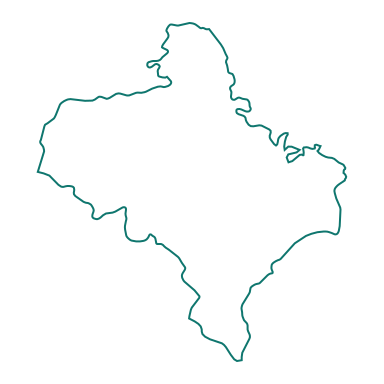 Ivano-Frankivs'k, Natural Earth projection
{"feature_id": "UKR-289", "entity_name": "Ivano-Frankivs'k", "entity_type": "Region", "adm_level": 1, "iso_a3": "UKR", "parent_name": "Ukraine", "parent_adm1": "", "projection": "natural_earth1", "projection_center": [24.645, 48.617], "detail": "fine", "context": "isolated", "style": "outline", "palette": "teal", "viewbox_px": 384, "rotation_deg": 0, "n_neighbors": 0, "source": "natural_earth", "source_scale": "10m", "svg_char_len": 5897}
<svg xmlns="http://www.w3.org/2000/svg" viewBox="0 0 384 384"><path d="M241.7,360.2L237.0,361.0L234.2,359.3L230.8,354.8L225.9,347.1L224.0,344.9L221.9,343.3L210.0,339.3L205.1,336.7L202.5,334.1L201.8,331.8L201.7,329.3L200.7,326.4L198.4,323.9L194.7,321.4L189.1,318.5L189.4,316.2L190.9,309.7L191.8,307.6L199.2,297.9L199.5,296.9L199.4,296.2L194.5,290.3L184.5,281.7L183.5,280.5L183.0,279.5L182.2,277.8L182.0,276.7L181.9,275.7L182.0,274.9L182.5,273.5L184.8,269.8L185.2,268.6L185.2,267.8L184.9,267.1L181.9,262.9L179.2,258.3L178.1,257.0L168.7,249.6L165.8,247.7L164.3,246.4L163.0,245.0L162.0,244.4L161.0,244.0L157.4,244.0L156.7,243.8L156.3,243.3L155.4,238.7L154.9,237.6L154.3,236.9L152.5,235.8L151.0,234.5L150.4,234.4L149.9,234.5L149.4,235.0L148.2,237.5L147.4,238.5L146.5,239.5L144.7,240.5L143.3,240.9L140.0,241.4L136.2,241.4L131.7,240.6L130.7,240.2L129.6,239.5L127.9,238.0L126.9,236.8L126.4,235.9L126.2,235.2L125.1,229.6L124.9,227.3L125.0,225.8L125.9,221.1L126.3,219.7L126.4,218.1L125.7,215.5L125.6,214.8L125.5,213.5L126.0,209.8L125.9,208.4L125.4,207.7L124.7,207.3L123.9,207.2L123.2,207.3L122.5,207.5L115.3,211.6L112.6,212.6L106.0,213.5L103.0,215.3L100.6,217.5L98.9,218.6L97.4,219.1L96.5,219.1L95.4,218.9L93.7,218.3L92.9,217.7L92.5,217.1L92.3,216.4L92.4,214.9L92.8,213.5L93.3,212.2L93.7,210.7L93.6,209.6L93.2,208.4L92.2,206.5L91.0,204.7L89.3,203.6L87.9,203.0L86.1,202.8L84.9,202.4L83.5,201.8L75.4,196.1L74.6,195.1L74.0,194.3L73.8,192.8L74.2,190.4L74.2,189.4L73.9,187.8L73.3,187.1L72.5,186.6L70.9,186.2L69.1,186.0L67.3,186.0L65.6,186.3L63.4,186.9L62.3,186.9L61.1,186.6L58.4,184.8L49.4,175.6L43.7,173.4L37.8,171.9L44.1,151.4L44.0,149.8L43.3,147.1L42.3,145.5L40.9,143.8L40.3,142.7L40.2,141.9L40.3,141.1L40.9,139.9L44.4,126.3L45.1,124.7L47.5,123.3L53.9,118.5L54.8,117.1L55.9,114.8L59.8,105.0L60.1,104.4L61.5,102.9L64.1,101.1L66.6,99.9L68.1,99.4L70.5,99.1L85.0,100.8L92.4,100.6L94.8,99.6L98.0,97.3L98.9,96.8L99.7,96.7L101.4,96.9L106.6,98.8L107.8,98.6L109.6,97.9L116.1,93.9L118.5,93.4L120.3,93.6L126.6,95.4L127.5,95.5L129.2,95.4L136.1,92.8L137.7,92.6L141.3,92.8L144.5,92.2L146.0,91.7L152.2,88.6L157.9,86.7L160.5,86.4L162.2,86.7L162.8,86.9L163.9,87.1L165.2,86.9L168.1,86.0L169.5,85.1L170.4,84.4L171.1,83.1L171.2,82.4L171.1,81.7L170.8,81.1L167.0,76.8L165.3,77.6L162.5,77.4L159.1,76.5L158.2,75.7L157.7,71.2L157.8,70.5L158.0,69.7L159.2,67.8L159.5,67.0L159.7,66.3L159.4,65.7L159.0,65.2L158.5,64.8L157.3,64.2L156.5,64.0L155.7,64.1L154.9,64.4L151.9,66.7L150.6,67.3L149.9,67.5L149.1,67.4L148.5,67.1L147.9,66.6L147.6,66.1L147.3,65.4L147.3,64.5L147.5,63.3L148.0,62.7L148.6,62.2L151.5,61.3L153.1,61.0L156.3,61.0L158.3,60.7L160.0,59.9L161.0,59.0L162.4,57.2L167.2,53.2L167.8,52.4L168.0,51.7L167.9,51.0L167.6,50.5L167.1,50.0L162.6,47.8L162.0,47.3L162.2,46.1L163.1,44.4L167.5,38.4L168.3,37.0L168.5,35.5L168.4,34.8L167.7,32.9L166.6,31.3L166.4,30.7L166.6,29.7L167.1,28.5L168.4,26.4L169.3,25.4L170.1,24.7L170.9,24.5L171.7,24.5L176.9,25.5L178.5,25.5L189.5,23.0L191.3,23.2L193.0,23.5L194.5,24.0L195.7,24.6L199.0,27.0L199.6,27.6L200.8,28.2L201.5,28.2L202.8,27.9L204.2,28.3L205.5,29.0L206.3,29.2L207.0,29.3L209.1,29.1L220.9,44.5L223.2,48.2L225.8,54.3L226.5,55.5L227.4,57.4L227.4,58.2L227.2,58.9L226.5,60.0L226.2,60.7L226.0,62.2L227.1,65.4L227.8,68.9L228.2,71.8L228.6,72.4L229.3,73.0L232.4,74.0L232.9,74.8L233.6,76.1L234.1,77.9L234.5,79.2L234.7,80.7L234.6,82.2L234.4,83.0L233.8,84.2L233.3,84.7L231.1,86.2L230.7,86.7L230.3,87.2L230.1,87.9L230.1,88.6L230.2,89.2L231.3,91.6L231.4,92.3L231.3,93.9L231.0,96.2L231.0,97.0L231.4,98.3L232.2,99.3L233.0,99.7L234.3,99.8L235.1,99.5L237.5,98.0L238.2,97.7L238.9,97.6L239.7,97.7L242.5,98.8L246.9,99.5L247.7,100.0L248.3,100.7L249.1,102.0L249.4,103.0L249.5,103.9L249.6,105.5L249.7,106.2L249.9,106.8L250.5,107.9L250.7,108.5L250.7,109.2L250.5,109.8L249.7,110.9L249.1,111.3L248.5,111.5L246.9,111.6L245.3,111.2L241.2,109.4L239.5,109.0L237.7,109.1L237.0,109.4L236.6,109.8L236.4,110.5L236.4,111.9L236.9,113.1L238.6,114.2L243.4,115.8L244.6,116.6L245.5,117.9L245.9,120.2L246.6,121.8L248.6,124.7L250.7,126.1L253.3,126.3L259.3,125.3L261.6,125.6L269.3,129.5L270.6,130.8L270.7,132.7L269.7,135.8L269.8,137.7L270.6,139.4L274.1,144.1L276.0,145.5L277.2,144.4L277.8,142.0L278.1,139.9L278.5,138.4L279.4,137.1L280.6,135.8L283.8,133.6L285.5,133.1L287.6,133.2L287.7,134.6L286.2,136.9L284.9,141.5L284.2,146.6L284.7,149.9L288.3,146.6L291.7,146.7L299.6,149.9L296.6,152.4L288.3,154.4L286.7,157.5L288.5,162.3L292.3,161.1L299.7,154.9L301.9,154.6L303.1,155.3L303.5,155.1L303.7,152.4L303.4,150.1L303.1,148.5L303.8,147.5L306.7,147.2L308.5,147.6L310.3,148.4L312.3,148.9L314.7,148.5L315.0,147.7L314.7,146.4L314.8,145.2L316.1,144.7L317.0,144.9L319.3,145.8L320.5,146.1L319.3,148.7L318.6,149.9L317.5,151.0L319.1,153.0L322.2,155.1L325.6,156.8L328.1,157.5L331.9,157.9L334.3,158.9L338.7,162.5L342.8,164.4L343.7,165.1L345.3,167.9L345.1,169.0L344.2,169.6L343.7,170.8L343.6,172.5L343.5,172.9L343.9,173.2L345.3,174.7L346.2,176.8L345.7,178.3L344.9,179.3L344.8,180.4L339.3,184.1L337.5,185.5L336.2,186.9L335.5,187.7L334.7,189.2L334.5,190.2L334.4,191.0L334.8,193.2L336.3,198.5L340.2,207.5L340.5,209.5L339.7,226.1L338.8,230.9L338.2,232.4L337.5,233.5L336.8,234.0L336.1,234.3L335.2,234.4L334.4,234.2L331.7,233.0L328.7,232.0L327.0,231.6L324.0,231.5L317.4,232.2L311.4,233.8L306.0,235.9L294.8,243.3L280.7,258.9L279.5,259.7L277.9,260.2L275.8,261.2L273.6,262.6L272.6,263.5L272.0,264.3L271.7,265.0L271.5,266.5L271.4,268.1L271.7,269.5L272.7,272.0L272.6,272.9L272.1,273.3L270.4,273.6L269.2,274.1L267.6,275.2L260.0,282.8L259.5,283.2L258.9,283.5L256.1,284.1L254.6,284.7L252.2,286.2L251.1,287.2L250.5,288.1L249.8,292.1L249.1,293.6L242.5,304.3L242.0,305.7L241.6,307.4L241.5,308.7L242.1,312.2L242.3,315.3L242.6,316.6L243.8,319.7L244.1,320.3L246.7,323.1L247.3,324.2L247.6,325.6L247.6,329.5L247.8,330.3L248.2,331.5L249.6,334.5L249.9,335.9L249.9,336.6L249.9,337.3L249.4,338.8L242.3,352.7L241.7,357.0L241.7,360.2Z" fill="none" stroke="#0f766e" stroke-width="2"/></svg>